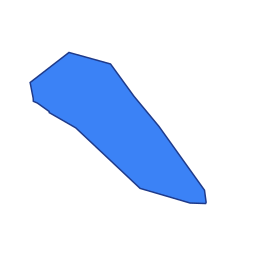 an SVG outline of Southend-on-Sea, rotated 34°
{"feature_id": "GBR-2679", "entity_name": "Southend-on-Sea", "entity_type": "Unitary Authority", "adm_level": 1, "iso_a3": "GBR", "parent_name": "United Kingdom", "parent_adm1": "", "projection": "orthographic", "projection_center": [0.723, 51.553], "detail": "fine", "context": "isolated", "style": "filled", "palette": "blue", "viewbox_px": 256, "rotation_deg": 34, "n_neighbors": 0, "source": "natural_earth", "source_scale": "10m", "svg_char_len": 362}
<svg xmlns="http://www.w3.org/2000/svg" viewBox="0 0 256 256"><g transform="rotate(34 128 128)"><path d="M234.6,147.2L221.4,155.5L171.8,171.3L84.6,157.1L54.1,159.3L53.4,158.4L38.9,158.0L34.6,158.8L32.7,156.3L21.4,145.0L36.8,98.4L77.7,84.7L115.3,98.4L152.8,109.4L226.2,136.8L234.3,145.9L234.6,147.2Z" fill="#3b82f6" stroke="#1e3a8a" stroke-width="1.5"/></g></svg>